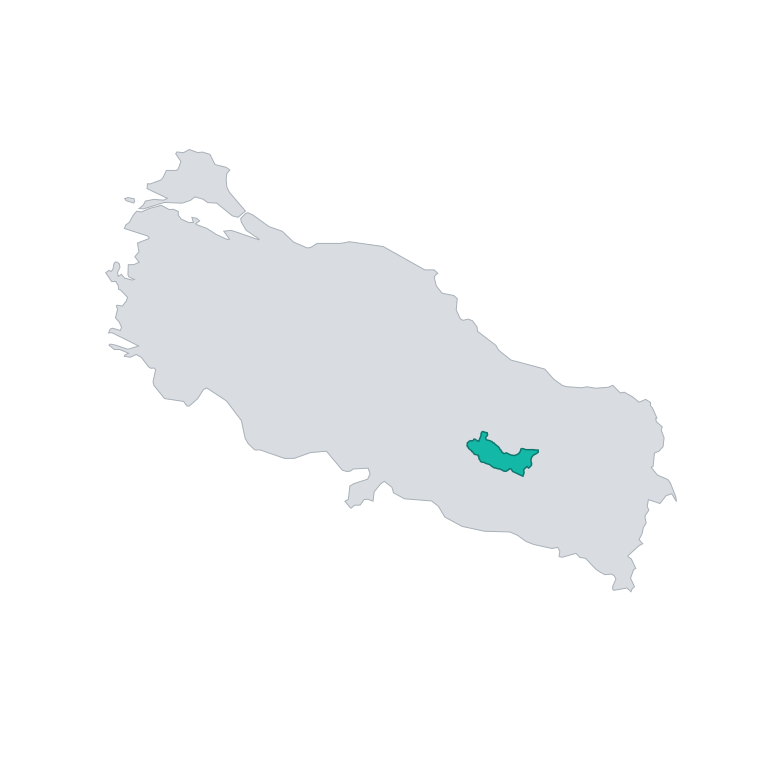 location of Elazig within Turkey, rotated 27°
{"feature_id": "TUR-2282", "entity_name": "Elazig", "entity_type": "Province", "adm_level": 1, "iso_a3": "TUR", "parent_name": "Turkey", "parent_adm1": "", "projection": "robinson", "projection_center": [39.185, 38.778], "detail": "fine", "context": "in_parent", "style": "filled", "palette": "teal", "viewbox_px": 768, "rotation_deg": 27, "n_neighbors": 0, "source": "natural_earth", "source_scale": "10m", "svg_char_len": 5486}
<svg xmlns="http://www.w3.org/2000/svg" viewBox="0 0 768 768"><g transform="rotate(27 384 384)"><path d="M588.4,281.3L598.6,284.7L601.9,282.2L611.3,282.6L619.6,284.4L624.1,278.9L630.0,279.5L631.1,282.3L633.9,283.4L642.7,290.5L641.7,291.4L643.9,294.0L651.3,295.8L652.1,299.4L658.0,304.8L661.1,313.2L659.5,319.0L656.3,322.7L661.2,335.3L659.8,336.9L668.9,341.0L680.3,340.3L684.0,342.1L695.2,352.1L698.0,356.0L690.3,351.2L686.1,355.3L684.1,365.2L672.1,367.0L674.0,373.4L677.3,376.3L676.4,382.4L677.3,384.8L680.7,388.7L680.3,394.2L681.8,399.9L681.9,406.8L687.0,408.9L684.7,412.1L679.4,426.1L679.8,427.2L683.6,427.5L692.1,434.0L690.7,436.1L691.8,445.1L699.2,450.9L698.1,453.9L698.4,456.9L693.1,455.5L682.4,463.5L681.2,463.3L679.7,460.5L679.2,452.6L676.6,450.5L673.2,450.0L667.4,453.6L662.1,453.5L656.7,452.8L642.6,447.8L637.4,449.6L632.0,447.7L621.5,457.4L618.3,458.3L616.7,453.4L613.0,450.7L608.3,454.3L590.2,459.0L581.9,459.8L571.7,458.2L563.3,458.7L540.3,469.6L518.3,475.4L498.7,475.0L487.9,468.2L479.5,466.6L454.3,477.0L441.9,476.6L437.8,472.3L428.4,470.6L426.3,474.6L424.2,484.5L427.4,493.4L422.1,494.0L418.7,496.0L417.7,502.7L412.8,505.4L411.1,509.5L410.2,509.6L402.4,506.2L404.6,502.9L399.9,490.4L402.3,486.5L412.6,476.3L412.4,470.4L408.1,466.2L395.1,473.7L393.8,476.6L390.9,478.8L386.0,479.7L363.2,470.0L349.6,478.5L337.8,491.0L329.0,495.5L303.4,499.0L298.8,501.4L290.1,498.8L285.0,495.5L273.5,481.3L251.4,470.6L227.9,468.0L225.7,470.8L224.6,481.7L220.5,492.0L218.5,493.1L213.4,490.5L195.1,496.6L179.7,489.8L177.2,486.9L174.1,475.0L171.9,474.1L169.3,475.8L166.7,475.7L155.8,470.5L149.8,470.2L146.0,475.2L140.0,477.3L139.9,475.9L142.4,472.6L133.0,473.2L128.0,475.7L121.3,474.2L121.8,472.8L127.3,471.2L139.9,469.4L148.1,461.5L118.3,461.8L115.4,463.6L115.1,459.4L116.9,457.5L124.8,456.0L124.4,452.6L119.8,448.9L114.7,447.0L112.7,438.3L110.1,436.1L110.5,434.9L115.5,433.4L116.7,427.1L116.2,423.2L106.8,419.9L104.6,420.2L102.4,416.8L98.4,414.4L94.9,416.4L85.5,411.2L87.5,407.5L89.9,407.6L90.4,404.7L88.8,399.8L89.1,397.3L91.2,396.6L93.6,397.1L95.8,400.0L95.9,405.5L98.3,408.9L100.2,405.5L104.6,407.4L112.5,405.7L114.1,404.2L108.3,404.4L106.3,403.0L102.0,393.8L106.9,391.2L110.6,386.7L104.2,383.7L105.7,377.5L100.4,370.4L108.4,361.3L108.0,360.0L105.7,359.5L82.0,363.3L81.8,359.3L83.7,355.7L84.0,347.0L85.2,342.3L89.7,340.9L95.4,334.0L104.5,325.9L113.4,326.1L117.2,323.9L122.5,323.7L123.9,326.9L128.5,329.1L136.8,328.8L140.8,326.7L137.2,322.7L142.0,321.4L145.7,322.4L143.5,326.7L144.6,327.1L155.3,325.8L166.5,326.9L178.9,326.4L180.5,325.0L171.9,320.6L177.7,316.7L180.9,316.0L206.9,312.4L207.1,311.6L191.3,309.6L183.4,304.5L181.2,301.7L183.2,294.9L185.0,293.2L190.7,292.9L210.0,296.0L224.0,294.1L239.0,298.6L253.6,297.7L256.7,295.7L260.5,289.2L281.4,278.5L288.7,272.9L320.9,261.9L368.5,263.8L376.9,259.6L381.7,261.0L380.3,263.8L380.5,266.4L386.1,272.9L394.5,276.7L406.3,273.5L410.6,274.8L414.6,285.0L421.9,291.0L425.3,291.5L429.8,287.9L434.1,287.5L441.1,291.0L443.4,294.6L466.2,298.8L470.9,301.9L486.3,305.0L520.5,297.7L533.0,302.7L543.5,304.3L547.9,303.5L561.7,297.7L566.0,294.4L574.6,291.6L585.3,285.1L588.4,281.3ZM149.5,263.3L148.4,267.9L150.2,272.9L154.6,279.9L159.3,283.4L182.0,292.8L178.3,301.7L172.5,303.0L152.8,298.8L144.6,302.4L138.8,301.5L130.6,303.1L128.1,308.4L122.1,314.5L105.8,322.0L90.4,337.0L86.1,338.9L88.3,333.8L88.4,329.3L95.0,324.1L104.2,320.2L106.7,316.9L84.2,317.5L82.3,312.9L84.7,312.0L92.4,303.8L93.4,300.5L93.1,292.5L102.2,287.9L103.0,286.0L102.1,278.0L93.9,273.4L94.2,271.2L100.3,269.0L104.0,263.5L112.8,262.4L117.1,259.7L124.7,258.4L133.8,265.2L145.1,262.6L149.5,263.3ZM78.6,336.5L71.0,337.7L68.8,336.5L71.3,334.1L77.2,332.4L79.0,334.8L78.6,336.5Z" fill="#d9dde1" stroke="#a8b0b8" stroke-width="1"/><path d="M526.4,389.8L529.6,389.6L532.7,388.5L534.7,386.3L535.6,384.6L536.0,382.7L535.9,381.3L535.5,379.8L536.0,379.1L536.6,378.7L538.2,378.3L540.0,378.2L547.6,374.4L548.7,374.1L551.4,372.9L552.4,374.8L551.0,377.4L549.4,379.6L548.8,382.4L549.6,385.5L551.6,387.8L552.2,389.2L552.0,390.7L551.5,392.2L550.9,393.3L549.8,392.9L548.8,392.7L547.3,397.0L549.1,399.5L549.4,401.3L549.6,403.1L538.5,403.5L537.9,403.3L536.8,402.5L536.0,402.1L534.5,402.4L534.0,403.7L533.3,405.0L532.5,406.2L531.4,406.8L530.3,407.2L527.8,407.1L525.3,407.2L524.3,407.8L521.8,408.1L520.4,408.7L517.6,408.5L514.8,407.8L510.3,408.6L508.9,408.4L506.2,409.3L505.1,409.1L504.1,408.2L503.5,407.9L502.7,407.7L501.9,406.3L501.6,406.1L500.8,405.5L501.0,405.2L500.2,404.7L499.2,404.8L497.1,405.5L496.2,405.5L493.5,404.1L493.3,404.2L493.1,404.3L492.8,404.3L492.3,403.8L492.2,403.7L491.3,403.5L489.3,403.2L488.9,403.1L488.5,402.9L488.1,402.5L487.5,401.8L487.1,401.6L486.7,401.9L486.2,401.5L485.8,400.8L485.5,400.0L485.4,399.3L485.3,398.9L485.0,398.7L485.0,398.4L485.5,397.6L485.7,396.9L485.9,396.4L486.2,395.8L486.7,395.3L487.4,394.9L488.2,394.8L488.7,394.5L489.1,393.9L489.2,393.2L489.0,392.6L489.4,392.1L490.3,391.9L493.9,392.3L494.3,392.1L494.4,391.7L494.3,391.2L494.5,390.9L494.1,389.7L494.1,388.8L493.9,386.3L493.5,385.2L493.0,384.1L492.9,382.5L493.9,381.3L496.2,381.2L497.1,380.8L498.1,380.6L499.4,382.4L499.4,383.6L498.9,384.7L498.9,385.8L500.3,387.1L501.3,387.1L503.9,386.5L506.5,386.3L507.9,386.9L508.2,386.8L508.8,386.6L509.2,386.7L510.2,387.3L511.3,387.4L512.6,387.7L514.0,387.9L515.5,388.5L516.9,389.5L518.4,389.9L519.0,390.4L519.7,391.2L520.0,391.2L520.6,391.0L521.4,391.4L522.2,391.7L523.2,391.0L524.1,389.9L525.2,389.7L526.4,389.8Z" fill="#14b8a6" stroke="#0f766e" stroke-width="1.5"/></g></svg>